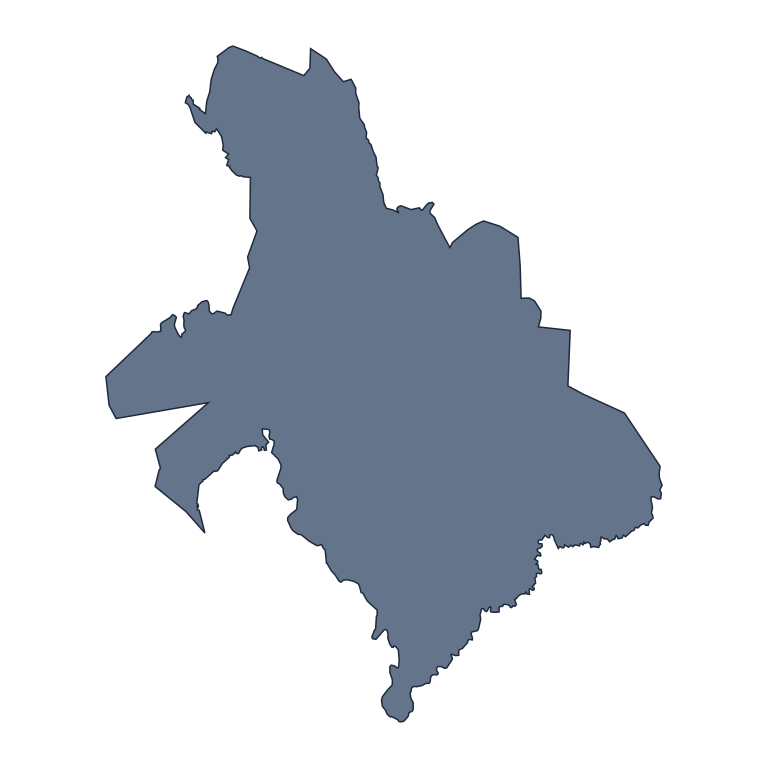 Tlaquiltenango, Morelos, Mexico
{"feature_id": "50627088B38776032465791", "entity_name": "Tlaquiltenango", "entity_type": "district", "adm_level": 2, "iso_a3": "MEX", "parent_name": "Mexico", "parent_adm1": "Morelos", "projection": "natural_earth1", "projection_center": [-99.069, 18.498], "detail": "fine", "context": "isolated", "style": "filled", "palette": "slate", "viewbox_px": 768, "rotation_deg": 0, "n_neighbors": 0, "source": "geoboundaries", "source_scale": "gbopen_adm2", "svg_char_len": 6105}
<svg xmlns="http://www.w3.org/2000/svg" viewBox="0 0 768 768"><path d="M398.9,721.5L400.9,721.9L404.0,721.1L408.2,716.3L409.0,712.7L412.3,711.1L413.2,709.5L413.2,702.7L410.9,698.3L410.1,693.3L411.0,691.5L411.4,688.2L413.9,686.4L416.9,686.7L422.2,685.5L425.9,683.4L429.1,683.3L430.2,681.7L430.6,677.3L431.9,675.4L433.4,674.6L437.0,674.9L438.0,673.9L438.2,673.0L436.7,670.6L436.6,668.3L437.8,666.5L441.2,666.6L444.8,668.4L446.7,667.9L452.2,659.5L452.4,658.1L450.9,655.0L451.5,654.2L455.4,655.6L458.7,655.3L458.7,650.2L462.7,648.2L467.5,642.7L467.9,640.3L469.3,639.5L472.3,639.9L472.5,638.2L471.0,633.4L472.0,631.9L477.6,630.6L478.7,628.2L480.7,619.2L480.0,614.8L481.7,608.6L483.8,608.8L484.4,610.4L486.3,611.6L487.2,610.9L488.8,607.9L490.5,606.8L491.1,608.3L490.4,609.7L490.5,611.4L491.3,612.1L496.3,612.3L499.2,611.8L499.0,607.8L500.2,606.4L502.5,606.4L503.9,604.2L507.9,604.7L509.5,605.7L510.3,607.2L511.6,607.6L513.0,605.8L514.8,606.3L516.4,604.6L514.6,599.5L516.3,598.6L518.4,595.9L521.7,593.8L525.0,593.9L525.9,592.1L527.4,594.2L529.4,594.3L529.3,589.0L530.4,588.8L532.7,590.4L534.1,589.6L534.2,588.2L533.0,587.7L532.2,586.3L533.8,585.6L533.8,584.8L535.6,583.1L534.8,578.3L536.5,576.6L536.4,573.7L537.7,573.2L540.6,573.8L541.6,573.4L541.8,572.5L541.1,569.4L539.1,569.3L538.6,568.6L538.0,564.6L536.0,564.2L537.7,562.5L537.6,560.8L534.5,559.3L537.3,555.3L540.1,556.1L541.0,555.4L540.1,553.0L538.5,552.2L537.0,550.1L537.8,548.9L541.0,547.7L542.3,545.9L541.8,543.8L538.6,543.5L538.1,541.3L538.6,540.3L541.9,539.9L544.9,535.3L548.1,537.7L549.6,537.6L549.8,535.0L551.4,534.5L552.7,535.2L554.1,537.7L554.2,539.3L558.3,548.5L559.6,546.7L560.4,546.6L561.9,547.8L563.3,547.8L564.2,547.0L564.6,544.9L568.6,547.2L570.8,545.3L572.9,546.7L575.0,544.8L579.6,545.9L580.0,543.9L580.7,543.4L583.1,544.8L583.9,542.0L585.0,543.5L587.4,542.2L589.5,543.2L590.4,544.6L590.8,547.3L593.5,546.6L598.8,547.4L599.1,545.8L600.6,544.1L599.9,542.1L600.9,541.0L600.9,537.3L602.0,537.3L604.0,538.8L607.5,539.1L609.6,541.8L613.2,539.3L614.6,539.2L616.1,535.7L616.9,536.0L618.0,538.7L621.9,538.1L623.4,535.2L625.6,536.7L631.4,531.3L633.9,530.3L635.3,527.4L638.0,527.9L640.6,525.1L643.9,523.6L645.6,525.2L648.1,525.4L649.1,522.0L653.0,518.2L652.6,515.4L651.4,513.2L652.5,507.4L651.0,499.6L651.3,497.0L653.7,496.7L658.1,499.0L660.6,498.8L661.4,493.5L659.8,489.8L662.1,485.4L659.4,477.9L659.2,472.8L660.1,466.3L624.4,413.0L582.6,393.9L567.9,385.9L570.2,330.4L538.4,326.9L540.8,318.3L541.0,311.2L534.5,300.9L529.2,298.0L521.1,298.3L520.2,266.1L518.0,237.4L499.9,226.2L483.7,221.0L476.7,223.9L467.9,229.6L452.6,242.4L449.9,247.7L437.5,224.4L434.8,217.8L430.3,213.4L429.8,210.9L434.0,204.2L432.4,202.4L429.0,202.9L427.1,204.2L422.5,209.9L421.4,210.3L419.4,207.8L411.1,209.6L401.1,205.8L398.5,206.6L396.9,208.5L397.3,210.6L399.0,212.9L393.7,210.2L386.3,208.2L383.8,202.5L382.9,194.3L379.9,186.7L379.9,182.8L378.6,181.3L378.1,177.8L376.3,175.0L378.0,169.0L378.0,167.2L377.1,166.2L376.0,157.0L373.5,152.2L370.9,144.3L369.4,143.4L368.3,139.8L366.1,138.1L366.6,132.2L364.5,127.1L364.4,124.9L359.8,118.3L358.7,107.3L359.0,102.9L355.7,93.3L355.7,87.9L351.1,79.3L343.4,81.7L334.5,71.8L326.4,59.1L310.6,48.6L309.9,68.2L303.8,75.6L262.9,58.6L261.6,57.4L259.3,57.9L257.8,56.4L245.9,51.0L233.0,46.1L229.2,47.4L217.3,56.3L218.0,59.9L217.7,62.9L214.5,69.0L211.2,79.3L209.8,91.6L206.8,101.1L205.4,113.7L199.4,109.3L199.9,108.5L199.0,107.8L193.4,104.2L193.1,100.1L191.9,99.7L191.2,97.9L189.3,96.4L189.1,95.3L186.9,97.0L185.3,102.7L188.2,104.4L190.0,107.6L194.9,122.4L205.8,133.3L206.1,132.0L211.5,133.7L212.4,131.1L214.7,131.8L216.5,128.9L218.4,131.5L221.6,136.8L223.2,145.2L222.8,150.3L228.6,154.0L225.5,157.6L228.6,159.5L226.7,165.5L229.7,166.3L229.4,167.2L231.9,170.7L236.2,174.9L239.5,176.2L241.6,175.7L243.1,176.8L250.4,177.4L249.9,218.4L257.0,231.0L247.6,257.0L249.6,267.8L233.3,307.5L231.0,314.8L226.9,315.0L225.5,313.3L217.8,311.2L216.8,311.2L213.5,313.6L211.7,313.7L209.4,311.2L208.9,304.6L208.1,301.9L207.0,300.7L205.7,300.7L201.8,301.9L198.0,305.2L196.6,308.7L191.7,310.6L188.9,313.9L184.8,312.5L184.2,313.0L183.2,316.2L184.0,320.2L183.8,325.6L184.4,328.2L185.6,330.0L185.1,331.4L181.9,334.1L181.2,337.3L179.9,336.6L178.2,334.2L175.1,328.0L174.3,324.6L176.4,317.2L173.9,315.0L172.6,314.7L169.8,317.7L161.4,322.9L160.5,324.4L160.9,331.2L155.7,332.1L154.3,331.5L151.7,332.0L151.1,333.6L105.9,376.6L109.1,405.4L116.1,418.5L208.4,402.6L155.3,449.2L160.4,468.0L159.0,470.5L155.1,486.5L186.0,511.6L204.9,533.0L199.2,510.3L197.2,509.7L198.4,506.3L198.2,505.2L197.2,506.8L196.9,506.2L197.9,504.3L196.8,503.2L199.0,484.5L203.1,480.9L203.1,479.6L205.0,479.2L214.2,470.9L215.7,471.4L217.8,470.6L222.4,463.5L229.5,457.0L229.1,455.5L232.8,454.9L235.4,452.0L236.6,453.6L238.6,453.4L240.8,449.4L242.7,447.9L247.1,446.5L254.8,445.6L258.0,447.3L258.8,450.9L261.8,449.8L261.3,448.4L262.2,446.7L263.6,447.4L264.4,450.3L266.4,450.0L265.9,444.8L268.6,442.3L262.7,434.8L262.2,429.0L267.6,429.2L269.5,430.2L269.8,432.2L269.0,436.0L269.6,439.0L272.3,439.7L274.3,441.3L274.0,444.5L271.6,452.5L278.3,459.2L281.0,465.0L280.9,468.3L277.2,479.3L276.9,481.0L277.4,483.0L279.6,484.0L283.3,488.7L283.1,491.3L283.8,494.3L285.2,497.1L288.2,499.9L291.4,499.2L293.0,497.7L296.3,496.7L297.6,499.2L296.7,509.4L290.2,514.6L287.7,517.7L287.6,520.3L290.9,527.7L292.8,530.5L296.3,533.2L298.2,534.3L301.2,534.7L308.8,540.9L315.8,545.1L317.8,545.7L321.5,544.6L323.5,548.4L325.2,550.2L326.5,563.3L327.1,563.4L331.1,570.5L335.1,574.9L339.0,581.1L341.0,582.2L343.4,580.1L347.5,579.8L353.9,581.4L358.0,583.6L359.3,585.6L361.1,592.5L362.8,593.1L367.4,601.2L377.1,610.0L377.2,614.9L376.4,616.4L375.6,628.9L374.4,630.4L371.9,636.7L372.4,638.6L375.9,639.4L383.8,630.3L384.7,629.6L387.0,630.0L388.1,634.7L387.8,638.0L389.8,644.1L391.9,647.2L393.3,647.3L393.8,646.1L395.4,646.3L398.3,649.5L399.2,661.0L398.5,666.7L398.2,667.6L396.8,667.9L395.2,666.2L391.4,665.1L389.9,666.5L389.9,672.8L392.4,679.9L392.2,685.0L386.8,690.8L382.3,696.9L381.5,700.5L382.4,706.4L385.4,710.1L387.0,713.8L389.0,716.1L390.4,716.9L391.3,716.5L397.7,719.7L398.9,721.5Z" fill="#64748b" stroke="#1e293b" stroke-width="1.5"/></svg>